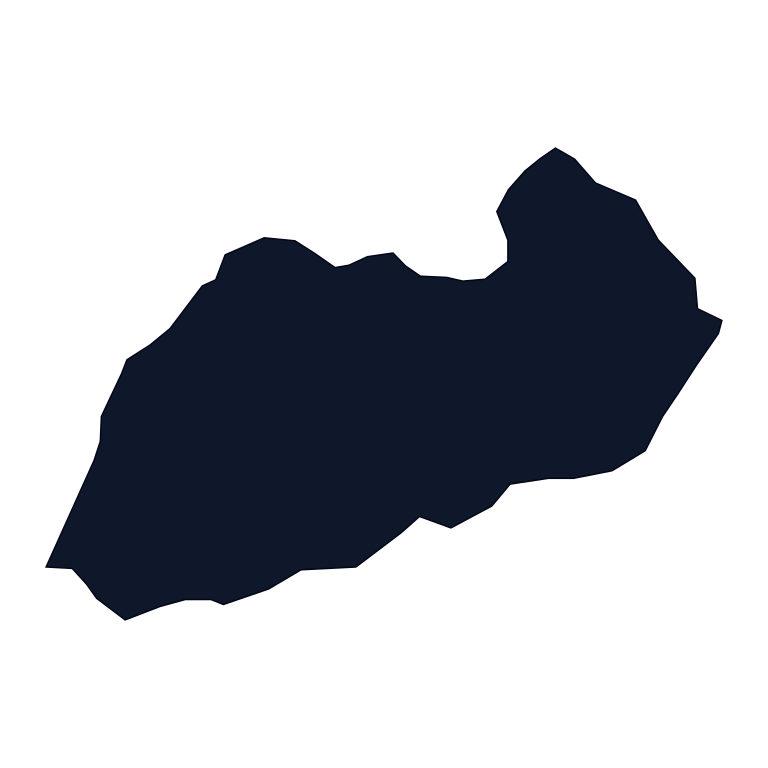 Mesa Chorio, Paphos, Cyprus
{"feature_id": "46923920B48384337432530", "entity_name": "Mesa Chorio", "entity_type": "district", "adm_level": 2, "iso_a3": "CYP", "parent_name": "Cyprus", "parent_adm1": "Paphos", "projection": "equal_earth", "projection_center": [32.469, 34.809], "detail": "fine", "context": "isolated", "style": "filled", "palette": "ink", "viewbox_px": 768, "rotation_deg": 0, "n_neighbors": 0, "source": "geoboundaries", "source_scale": "gbopen_adm2", "svg_char_len": 883}
<svg xmlns="http://www.w3.org/2000/svg" viewBox="0 0 768 768"><path d="M223.4,604.5L268.7,588.9L301.0,569.8L355.9,567.0L401.2,532.7L419.5,516.5L450.9,527.9L491.8,506.0L510.1,484.1L548.5,478.3L573.7,478.3L612.1,470.7L645.2,450.7L662.6,416.4L677.4,394.5L696.6,364.9L718.4,333.5L721.9,320.5L697.5,308.7L694.9,278.2L658.3,240.1L645.6,217.8L635.6,200.1L595.5,183.0L574.6,159.1L555.4,148.1L540.3,158.5L525.2,170.7L508.5,189.6L496.8,211.5L507.9,240.2L507.9,261.5L485.1,279.2L462.8,281.1L446.6,277.4L420.4,276.2L405.3,265.8L393.0,253.0L367.4,256.7L349.0,265.2L335.0,267.6L315.0,253.6L294.9,240.8L264.2,237.8L225.2,254.8L215.7,279.8L202.3,285.9L170.0,328.6L149.9,345.1L127.0,359.7L121.5,373.8L101.4,416.4L100.3,441.4L94.1,460.4L46.1,567.0L72.2,568.4L86.4,584.0L96.7,598.4L125.1,619.9L159.9,606.5L185.4,599.5L210.9,599.5L223.4,604.5Z" fill="#0f172a" stroke="#020617" stroke-width="1.5"/></svg>